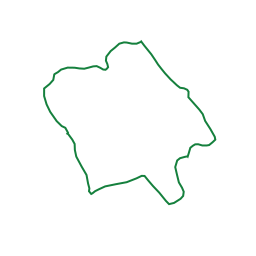 the Statistical Region of Vinica, rotated 141°
{"feature_id": "MKD-3003", "entity_name": "Vinica", "entity_type": "Statistical Region", "adm_level": 1, "iso_a3": "MKD", "parent_name": "North Macedonia", "parent_adm1": "", "projection": "albers", "projection_center": [22.558, 41.857], "detail": "fine", "context": "isolated", "style": "outline", "palette": "green", "viewbox_px": 256, "rotation_deg": 141, "n_neighbors": 0, "source": "natural_earth", "source_scale": "10m", "svg_char_len": 1376}
<svg xmlns="http://www.w3.org/2000/svg" viewBox="0 0 256 256"><g transform="rotate(141 128 128)"><path d="M63.3,186.9L63.5,181.9L63.5,173.9L63.5,170.7L64.1,163.9L64.7,158.4L64.8,152.9L64.8,147.2L64.3,139.1L63.1,130.4L62.2,126.5L59.5,123.6L57.9,120.4L58.0,119.6L58.1,118.1L61.7,113.9L61.0,97.5L61.2,91.7L63.6,84.9L64.6,75.6L66.1,66.6L67.5,64.0L71.4,63.7L75.7,63.7L78.0,65.0L81.2,67.6L83.6,71.1L86.0,73.0L88.8,73.4L92.0,73.4L97.2,69.8L99.5,68.3L99.5,68.5L102.0,69.8L106.6,71.8L110.2,71.8L115.9,67.9L119.5,60.5L122.7,53.7L123.6,47.6L124.8,43.4L127.9,40.5L131.7,39.9L139.4,40.8L144.0,43.0L144.4,47.4L144.4,58.1L145.1,67.1L145.3,74.5L145.3,80.3L147.5,82.2L153.0,83.5L163.1,86.7L172.7,91.9L182.5,97.0L188.8,98.6L193.3,99.6L196.4,99.6L198.1,99.9L198.1,103.4L196.0,105.4L194.0,109.9L189.8,117.6L188.3,127.3L186.2,138.3L183.1,144.4L179.5,149.2L178.6,154.1L178.3,160.8L178.7,161.8L177.6,162.1L176.6,167.6L178.3,171.2L179.1,178.2L178.3,189.5L176.4,197.6L173.1,205.6L168.3,211.5L161.3,211.5L155.8,212.4L151.6,216.0L151.2,216.1L147.3,215.5L143.2,215.5L136.9,212.9L131.5,208.4L128.3,204.9L124.7,201.6L120.6,199.7L116.3,197.8L113.4,195.8L111.7,192.3L110.5,189.1L108.8,187.4L107.1,187.4L105.2,187.8L103.8,190.7L102.8,194.2L99.9,197.1L93.0,198.7L87.4,198.7L81.7,199.0L77.3,197.1L75.2,195.2L71.8,191.0L68.2,188.1L63.7,186.8L63.3,186.9Z" fill="none" stroke="#15803d" stroke-width="2"/></g></svg>